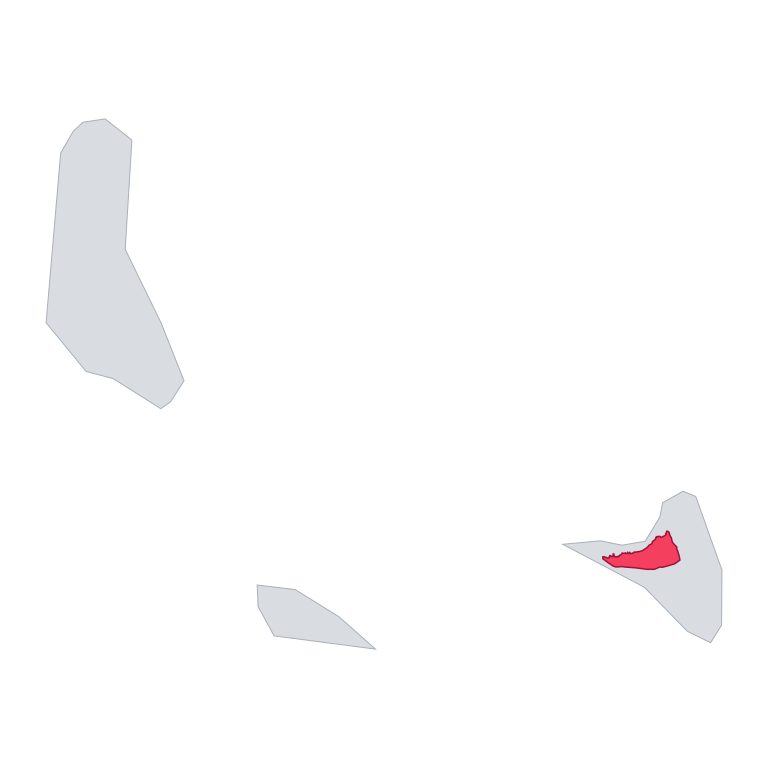 Mutsamudu, Andjouân, Comoros (highlighted)
{"feature_id": "10938185B74704582538531", "entity_name": "Mutsamudu", "entity_type": "district", "adm_level": 2, "iso_a3": "COM", "parent_name": "Comoros", "parent_adm1": "Andjouân", "projection": "orthographic", "projection_center": [44.366, -12.183], "detail": "fine", "context": "in_parent", "style": "filled", "palette": "rose", "viewbox_px": 768, "rotation_deg": 0, "n_neighbors": 0, "source": "geoboundaries", "source_scale": "gbopen_adm2", "svg_char_len": 4199}
<svg xmlns="http://www.w3.org/2000/svg" viewBox="0 0 768 768"><path d="M170.7,401.6L160.8,408.7L113.2,378.6L86.1,371.5L46.1,322.7L60.7,152.9L73.4,131.1L83.0,122.2L105.1,118.9L131.9,140.1L125.2,249.3L161.0,322.7L184.0,380.8L170.7,401.6ZM695.8,496.6L721.9,569.9L721.6,625.1L710.6,642.7L687.3,631.3L644.4,587.3L562.7,544.3L600.2,540.8L622.1,545.2L645.3,541.2L659.8,517.1L662.7,502.7L683.1,491.2L695.8,496.6ZM338.9,616.7L375.4,649.1L274.1,635.9L258.1,606.6L257.2,585.0L295.1,589.6L338.9,616.7Z" fill="#d9dde1" stroke="#a8b0b8" stroke-width="1"/><path d="M674.7,563.8L679.9,560.1L679.5,557.4L679.0,555.4L678.2,552.8L677.5,550.4L676.7,549.4L676.8,547.0L676.1,546.3L674.6,544.8L673.3,543.3L672.3,541.9L671.7,539.5L671.3,537.5L670.8,537.0L669.7,534.9L669.2,532.5L668.4,531.6L667.0,531.1L666.7,531.6L666.5,532.0L666.3,532.5L666.2,532.7L666.2,532.9L666.1,533.1L665.8,533.4L665.7,533.6L665.7,533.8L665.8,533.8L666.0,533.8L666.1,534.0L665.8,534.5L665.7,534.7L665.5,535.0L665.3,535.3L665.1,535.5L664.9,535.6L664.6,535.8L664.3,536.0L663.8,536.2L663.4,536.3L663.0,536.4L662.8,536.6L662.6,536.8L662.1,537.0L661.9,537.1L661.4,537.3L661.0,537.2L660.8,537.2L660.5,537.1L660.4,536.9L660.3,536.7L660.0,536.7L659.8,536.6L659.7,536.5L659.5,536.4L659.4,536.3L659.1,536.3L658.9,536.3L658.7,536.5L658.4,536.6L658.2,536.8L658.0,536.7L657.8,536.5L657.7,536.5L657.2,536.7L657.3,536.8L657.1,536.9L656.8,536.7L656.7,536.7L656.5,536.9L656.4,536.9L656.1,537.2L656.0,537.3L655.9,537.4L655.9,537.5L656.1,537.7L656.0,537.9L655.9,538.0L655.7,538.0L655.6,538.3L655.7,538.5L655.6,538.8L655.5,539.0L655.2,539.3L655.0,539.5L654.6,539.9L654.3,540.2L654.0,540.4L653.4,540.9L653.2,541.1L652.7,541.4L652.4,541.7L652.4,542.0L652.2,542.4L652.2,542.5L652.2,542.9L652.2,543.1L652.2,543.3L652.0,543.6L651.9,543.6L651.8,543.8L651.5,543.9L651.4,544.0L651.1,544.2L650.4,544.5L650.0,544.7L649.7,544.8L649.3,545.1L649.1,545.2L648.9,545.5L648.7,545.7L648.6,545.8L648.5,546.0L648.2,546.3L648.0,546.5L647.9,546.7L647.8,547.0L647.7,547.1L647.4,547.3L647.1,547.4L646.9,547.6L646.6,547.8L646.5,548.1L646.2,548.3L645.8,548.5L645.5,548.6L645.3,548.7L645.2,548.7L644.9,549.0L644.6,549.2L644.2,549.5L643.7,549.8L643.6,550.0L643.4,550.1L643.1,550.2L642.8,550.4L642.6,550.5L641.9,550.8L641.3,551.0L641.0,551.1L640.8,551.2L640.7,551.2L640.4,551.2L640.2,551.3L639.9,551.4L639.4,551.5L638.3,551.7L637.5,551.8L637.2,551.8L636.8,552.0L636.7,552.0L636.4,552.0L636.2,552.0L635.2,552.1L634.9,552.0L634.5,552.1L634.1,552.2L633.8,552.3L633.7,552.4L633.4,552.5L633.1,552.8L633.1,553.0L632.9,553.1L632.6,553.2L632.3,553.2L632.1,553.4L631.0,553.6L630.7,553.6L630.4,553.5L630.4,553.3L630.4,553.2L630.2,553.0L629.9,552.9L629.8,552.7L629.7,552.9L629.4,552.7L629.2,552.8L629.0,553.1L628.8,553.2L628.8,553.3L628.6,553.4L628.3,553.4L628.2,553.4L628.1,553.2L627.9,553.0L627.8,552.8L627.7,553.1L627.4,553.1L627.2,553.1L626.8,553.4L626.3,553.4L625.9,553.3L625.3,553.1L625.3,552.9L624.8,552.8L624.8,552.7L624.6,553.1L624.1,553.3L623.2,553.3L622.8,553.2L622.4,553.0L622.1,553.1L621.9,553.4L621.6,553.9L621.6,554.0L621.3,554.3L620.8,554.8L620.2,555.2L619.9,555.1L619.4,555.4L619.3,555.6L619.1,556.0L618.9,556.3L618.7,556.6L618.3,556.7L618.2,556.4L617.9,556.5L617.1,556.6L617.0,556.8L616.8,556.9L616.5,556.8L616.1,556.6L615.8,556.5L615.6,556.7L615.3,556.8L615.1,556.8L614.9,556.7L614.7,556.6L614.4,556.6L614.2,556.4L614.1,556.1L614.1,555.5L614.0,554.9L613.8,554.3L613.8,554.0L613.7,554.0L613.4,553.9L613.0,554.1L613.0,554.3L613.2,554.5L613.3,555.4L613.1,555.6L613.1,556.0L612.9,556.2L613.0,556.4L613.0,556.5L612.7,556.7L612.4,556.8L611.9,556.4L611.7,556.4L611.3,556.3L611.2,556.3L610.8,555.9L610.5,555.6L610.3,555.6L610.1,555.6L609.9,555.6L609.7,555.6L609.5,556.0L609.4,556.3L609.4,556.7L609.6,557.0L609.4,557.2L609.1,557.4L608.7,557.8L608.4,558.0L607.8,558.2L607.3,558.0L606.4,557.6L606.2,557.5L606.0,557.2L605.7,557.2L605.4,557.3L605.0,557.2L604.8,557.2L604.7,557.1L604.4,556.9L604.2,556.8L604.0,556.7L603.9,556.7L603.5,556.7L603.3,556.7L602.8,556.9L602.9,558.8L609.4,563.6L610.1,563.9L613.1,566.1L615.9,567.0L622.3,566.6L624.7,567.0L629.9,567.4L635.3,567.8L646.8,569.3L654.5,569.3L659.9,567.0L662.4,567.3L667.7,565.9L674.7,563.8Z" fill="#f43f5e" stroke="#9f1239" stroke-width="1.5"/></svg>